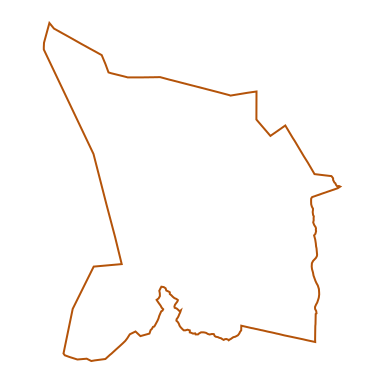 the district of San Martín Peras, Oaxaca, Mexico
{"feature_id": "50627088B75957379157629", "entity_name": "San Martín Peras", "entity_type": "district", "adm_level": 2, "iso_a3": "MEX", "parent_name": "Mexico", "parent_adm1": "Oaxaca", "projection": "orthographic", "projection_center": [-98.226, 17.372], "detail": "fine", "context": "isolated", "style": "outline", "palette": "amber", "viewbox_px": 384, "rotation_deg": 0, "n_neighbors": 0, "source": "geoboundaries", "source_scale": "gbopen_adm2", "svg_char_len": 3156}
<svg xmlns="http://www.w3.org/2000/svg" viewBox="0 0 384 384"><path d="M64.8,355.3L69.5,357.0L77.4,359.5L79.7,359.3L86.7,358.7L91.3,361.0L94.7,360.4L105.4,359.0L110.0,354.8L111.4,353.7L115.3,350.1L122.6,343.5L125.2,341.0L127.2,338.4L129.8,334.3L135.5,331.5L140.4,336.1L149.4,333.6L149.8,332.6L150.6,330.1L151.8,329.0L153.0,326.9L154.3,326.5L155.4,324.6L156.2,323.1L157.5,320.7L158.5,318.4L159.2,316.0L160.1,313.9L161.2,311.4L162.5,310.6L163.2,309.2L161.7,307.7L160.6,305.6L158.7,303.0L156.6,299.9L158.6,298.4L159.9,296.1L159.8,293.1L159.3,290.8L160.6,288.1L161.4,286.7L163.8,287.1L165.6,288.3L166.3,290.5L168.7,291.6L169.8,292.3L169.8,294.0L171.5,295.4L172.6,296.6L174.4,298.1L176.5,299.0L177.9,300.1L177.4,301.5L176.4,302.8L175.0,304.7L174.4,306.5L174.7,307.8L176.5,308.4L177.5,309.2L179.7,311.3L180.8,310.4L180.1,312.6L179.3,314.2L178.5,316.2L177.9,317.4L176.6,319.2L176.4,320.7L177.8,322.0L178.6,323.3L179.1,324.3L179.5,325.6L180.6,327.2L182.4,329.1L183.7,330.3L185.5,330.3L187.5,329.7L189.8,330.4L189.8,332.4L191.2,332.8L193.0,333.6L195.2,333.4L195.6,334.4L198.0,334.4L199.1,333.4L201.1,332.3L203.2,332.3L204.6,332.5L206.2,332.9L207.7,333.9L209.6,334.5L211.9,334.0L213.8,334.1L214.7,336.0L215.7,336.7L218.1,337.2L219.0,337.7L221.4,338.4L222.2,339.1L223.7,339.9L224.9,339.2L226.3,339.0L228.0,339.6L228.7,340.3L229.9,339.4L230.9,338.9L231.7,338.3L233.3,337.2L235.3,336.7L237.9,335.3L239.3,333.5L239.9,332.1L241.2,330.3L241.3,325.9L241.3,325.7L246.5,326.9L251.7,328.1L253.0,328.3L255.1,328.8L257.6,329.3L261.5,330.2L262.2,330.3L264.8,330.9L267.7,331.6L272.1,332.5L274.7,333.1L276.7,333.6L277.3,333.7L278.7,334.0L284.4,335.4L291.7,336.9L292.6,337.1L303.0,339.3L306.8,340.2L315.2,342.0L315.1,339.3L315.3,326.0L315.5,324.1L315.7,314.0L316.5,313.4L316.2,311.0L315.1,309.0L315.0,307.0L316.1,304.5L317.2,302.6L318.2,299.6L318.8,297.6L319.2,294.4L319.1,292.0L318.9,289.0L317.8,285.5L316.5,283.2L315.4,280.8L314.4,278.0L313.5,275.5L313.0,272.6L312.0,269.1L311.7,266.5L311.9,263.2L313.1,260.9L315.0,258.9L316.0,257.8L316.9,256.1L317.1,254.8L316.5,248.2L316.1,246.5L315.8,243.3L315.7,242.7L315.2,239.5L314.1,235.4L315.4,233.8L316.1,231.1L315.8,229.9L316.0,228.7L315.7,227.3L315.1,226.4L314.1,224.8L313.2,222.4L313.7,220.2L313.6,218.2L313.8,216.3L313.1,215.0L312.8,212.9L312.7,211.9L312.9,210.6L313.0,208.7L311.9,206.7L311.2,204.3L311.1,201.6L311.1,199.9L311.2,198.5L312.1,197.1L322.7,193.4L337.8,188.2L340.2,186.6L338.9,186.0L337.2,186.3L336.1,185.0L335.3,183.2L334.4,182.5L333.1,179.9L333.1,178.3L332.0,176.8L331.4,176.1L322.8,175.1L314.5,174.1L314.4,173.9L313.2,171.8L307.7,162.4L303.9,156.4L294.8,141.1L292.6,137.7L285.3,125.5L270.4,135.9L257.9,121.3L256.4,119.5L256.5,91.5L247.4,92.8L245.0,93.2L232.8,95.2L230.5,95.6L229.2,95.1L217.1,91.9L202.0,88.0L186.8,84.1L171.7,80.2L169.6,79.7L160.0,77.1L156.6,77.2L141.4,77.4L127.7,77.4L126.3,77.0L122.8,76.1L111.0,73.2L108.5,72.4L105.5,64.2L101.7,55.1L100.4,54.4L96.1,52.0L90.4,48.9L80.8,43.6L65.9,35.2L62.8,33.5L54.0,28.6L49.4,23.0L44.0,42.8L43.8,47.3L43.8,49.5L93.5,154.0L106.6,205.0L115.1,237.1L121.7,264.1L93.7,266.6L84.8,284.5L72.7,308.9L63.5,353.5L64.8,355.3Z" fill="none" stroke="#b45309" stroke-width="2"/></svg>